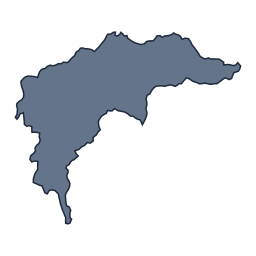 outline of São Domingos do Norte, Espírito Santo, Brazil
{"feature_id": "56859067B53855567891195", "entity_name": "São Domingos do Norte", "entity_type": "district", "adm_level": 2, "iso_a3": "BRA", "parent_name": "Brazil", "parent_adm1": "Espírito Santo", "projection": "robinson", "projection_center": [-40.559, -19.162], "detail": "fine", "context": "isolated", "style": "filled", "palette": "slate", "viewbox_px": 256, "rotation_deg": 0, "n_neighbors": 0, "source": "geoboundaries", "source_scale": "gbopen_adm2", "svg_char_len": 3122}
<svg xmlns="http://www.w3.org/2000/svg" viewBox="0 0 256 256"><path d="M15.4,117.3L16.8,119.2L18.6,117.1L20.2,113.7L23.3,112.8L23.8,116.5L24.3,121.3L24.4,124.4L26.6,126.2L29.3,125.6L31.8,126.8L31.8,129.6L32.0,132.3L35.6,132.2L39.6,133.0L39.2,136.8L40.2,140.3L39.1,143.3L36.8,145.2L35.0,148.1L35.4,150.8L33.9,153.1L32.2,154.4L30.6,156.0L29.9,159.5L31.8,162.0L34.6,161.0L37.9,161.4L37.6,166.0L37.7,169.5L35.2,173.2L34.1,176.3L33.4,178.8L33.3,182.5L36.4,183.7L39.8,185.4L41.9,185.8L43.1,188.6L44.9,192.8L47.2,193.9L49.2,190.6L51.4,189.9L55.1,190.6L58.4,194.0L59.1,198.1L59.9,201.1L60.4,203.6L61.3,206.5L62.5,210.1L63.6,212.5L64.7,215.5L65.7,217.4L65.6,220.4L65.7,223.3L68.1,223.8L70.0,223.0L71.6,219.2L70.0,217.7L69.9,215.0L70.0,212.5L70.7,210.3L69.3,207.0L66.5,205.6L65.9,202.4L65.6,198.6L65.3,195.1L66.3,192.7L68.3,189.6L69.6,186.3L69.9,183.6L68.8,180.7L67.3,178.5L66.8,175.5L68.0,172.5L68.0,170.1L65.9,168.2L66.6,166.1L69.3,164.4L70.5,162.0L72.1,160.5L74.0,159.7L75.7,158.1L78.3,156.0L76.0,153.7L75.0,150.7L78.9,149.5L81.5,146.9L84.6,145.5L87.2,142.6L90.4,143.1L93.3,140.9L93.0,137.5L96.5,134.8L98.3,131.6L100.3,129.9L99.0,126.8L98.4,123.2L98.6,120.7L99.8,118.8L101.3,116.4L103.4,114.8L106.2,113.5L107.7,110.4L110.2,111.0L112.3,110.8L114.5,108.6L118.3,110.8L121.4,111.3L124.9,112.1L128.2,114.1L130.3,116.0L132.9,116.2L134.7,117.5L137.0,119.0L140.2,120.0L141.4,122.4L142.4,124.8L143.8,122.1L145.5,118.8L146.6,115.3L147.0,113.0L145.9,108.3L146.8,105.3L146.8,102.2L146.1,99.3L147.0,95.4L150.1,93.7L151.3,91.2L153.2,88.4L156.1,86.2L159.1,85.9L161.6,85.8L164.7,86.3L166.9,85.6L170.5,84.9L172.9,85.5L174.9,86.4L177.1,85.3L179.0,83.7L181.5,83.7L183.7,80.8L186.6,77.8L189.5,78.9L192.4,81.0L195.0,82.1L197.1,82.6L199.2,83.8L202.2,83.6L204.4,83.2L206.5,83.4L208.7,84.0L211.4,84.3L214.3,83.7L217.1,83.7L219.4,81.9L221.1,80.7L223.1,79.1L225.1,77.9L227.1,78.6L229.3,79.6L231.6,78.5L232.7,75.4L233.9,72.6L236.0,72.0L238.4,71.2L239.8,68.9L240.6,65.9L237.7,62.7L235.8,65.0L233.1,65.6L230.0,64.7L227.3,64.5L223.9,65.0L223.6,62.2L221.2,60.5L219.1,59.1L216.8,59.1L213.9,58.9L210.9,59.1L208.4,57.9L205.3,59.0L202.8,58.0L200.2,56.4L198.0,52.7L195.7,49.5L193.8,46.9L192.2,45.1L190.6,41.8L188.6,38.8L186.6,38.3L184.5,38.3L182.2,39.4L180.2,36.1L178.0,34.8L175.8,34.2L173.7,32.9L171.4,34.8L168.1,35.6L164.3,36.1L162.0,37.3L160.0,35.6L157.0,35.9L155.4,38.2L153.2,40.9L149.5,40.9L146.5,41.5L144.1,44.0L140.5,44.5L137.9,43.7L134.8,42.8L131.2,40.7L127.7,38.2L126.9,35.5L124.5,36.2L122.8,34.0L120.9,32.3L119.5,34.7L116.9,36.1L114.9,34.9L115.5,32.2L113.4,32.2L110.8,34.1L107.8,34.2L106.5,36.1L105.4,38.6L103.9,40.9L101.8,43.4L99.1,46.7L96.4,49.5L94.2,51.6L92.3,49.9L89.5,49.1L87.2,48.8L85.0,48.7L82.6,48.0L80.4,48.2L78.8,50.5L76.1,52.2L74.6,55.6L71.8,58.0L69.0,61.2L67.3,62.6L63.5,62.1L61.1,63.7L58.3,63.7L55.8,65.1L52.9,65.8L50.1,65.2L47.4,66.3L45.2,68.4L42.9,68.9L41.0,69.9L39.5,72.1L38.5,74.7L37.5,77.5L34.6,76.6L30.7,76.2L27.8,76.1L25.1,77.1L23.4,78.5L20.9,81.4L21.4,85.7L23.0,90.4L23.8,94.0L23.6,96.9L22.0,99.6L19.3,101.3L17.0,103.4L16.6,105.9L17.4,108.4L17.3,111.3L17.0,114.3L15.4,117.3Z" fill="#64748b" stroke="#1e293b" stroke-width="1.5"/></svg>